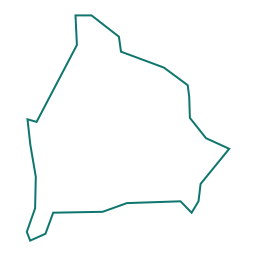 the district of Kavajë, Tiranë, Albania
{"feature_id": "67620474B5524789266710", "entity_name": "Kavajë", "entity_type": "district", "adm_level": 2, "iso_a3": "ALB", "parent_name": "Albania", "parent_adm1": "Tiranë", "projection": "natural_earth1", "projection_center": [19.564, 41.139], "detail": "fine", "context": "isolated", "style": "outline", "palette": "teal", "viewbox_px": 256, "rotation_deg": 0, "n_neighbors": 0, "source": "geoboundaries", "source_scale": "gbopen_adm2", "svg_char_len": 430}
<svg xmlns="http://www.w3.org/2000/svg" viewBox="0 0 256 256"><path d="M118.9,36.7L91.5,15.4L75.5,15.4L76.9,45.0L36.6,121.9L27.5,119.3L30.3,144.6L35.8,176.9L35.1,208.3L26.8,231.9L30.2,240.6L45.5,233.7L53.2,212.7L102.6,211.8L126.9,203.1L180.5,201.3L191.6,212.7L198.5,201.3L200.6,183.9L229.2,148.8L206.0,138.2L189.9,117.9L189.2,96.7L187.7,85.2L163.9,67.6L121.0,51.7L118.9,36.7Z" fill="none" stroke="#0f766e" stroke-width="2"/></svg>